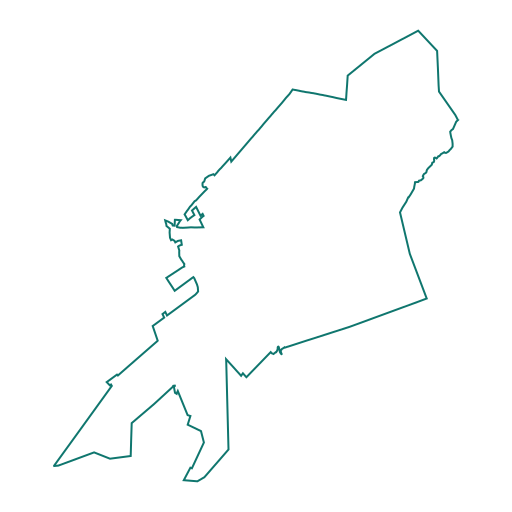 Vicente Guerrero, Durango, Mexico (Equal Earth projection)
{"feature_id": "50627088B72339914666987", "entity_name": "Vicente Guerrero", "entity_type": "district", "adm_level": 2, "iso_a3": "MEX", "parent_name": "Mexico", "parent_adm1": "Durango", "projection": "equal_earth", "projection_center": [-103.968, 23.727], "detail": "fine", "context": "isolated", "style": "outline", "palette": "teal", "viewbox_px": 512, "rotation_deg": 0, "n_neighbors": 0, "source": "geoboundaries", "source_scale": "gbopen_adm2", "svg_char_len": 5107}
<svg xmlns="http://www.w3.org/2000/svg" viewBox="0 0 512 512"><path d="M426.7,298.5L409.8,253.8L400.0,212.4L402.5,207.6L406.2,201.9L406.4,201.5L408.2,197.4L408.3,197.3L408.4,197.2L408.7,197.3L409.0,196.9L409.6,195.9L409.8,195.7L410.7,194.3L413.9,188.8L414.0,188.6L414.3,186.4L414.4,186.1L415.1,182.5L415.0,182.4L415.1,182.1L416.3,182.1L417.7,182.0L418.4,181.9L419.0,180.7L420.9,180.3L421.9,179.5L422.9,178.6L423.4,177.9L423.3,176.9L422.8,176.2L423.3,175.1L424.1,173.9L425.7,173.0L426.5,171.9L426.6,170.9L427.0,169.8L428.3,168.1L430.8,165.7L431.8,164.7L432.3,162.7L433.7,162.1L434.2,160.8L434.0,159.2L434.1,158.0L434.7,157.6L435.3,157.7L436.5,158.5L436.8,158.3L438.4,156.2L439.1,156.2L439.9,155.5L441.1,154.0L442.5,153.3L444.2,152.2L445.1,152.9L446.2,152.9L448.5,151.5L449.7,150.0L450.8,149.0L452.6,146.6L452.6,143.7L452.2,140.2L451.4,138.1L450.8,135.3L450.4,133.2L450.2,131.7L451.4,130.2L453.0,129.0L454.5,125.6L456.2,121.7L457.9,120.1L457.7,120.0L457.5,119.2L455.3,115.0L439.0,91.6L438.6,85.4L438.1,72.9L437.9,68.0L437.1,50.9L418.2,30.7L374.5,53.8L363.7,62.6L347.7,75.6L347.1,84.7L346.5,92.7L346.2,97.4L346.0,99.9L341.0,98.9L336.5,98.0L332.8,97.1L330.3,96.6L325.6,95.6L324.9,95.5L324.3,95.4L322.7,95.0L320.0,94.6L318.3,94.2L316.8,93.9L315.6,93.6L315.3,93.6L314.3,93.4L313.4,93.2L312.5,93.1L310.5,92.8L310.2,92.7L309.7,92.6L308.3,92.4L305.8,92.1L304.5,91.8L303.0,91.5L302.9,91.5L302.7,91.5L300.6,91.1L299.8,90.9L299.4,90.9L299.2,90.8L299.0,90.7L298.9,90.7L295.4,90.0L295.1,90.0L292.6,89.5L290.9,92.0L290.1,93.1L289.5,94.0L287.5,96.2L287.4,96.4L287.1,96.6L285.6,98.3L284.6,99.6L283.7,100.7L281.9,102.9L280.4,104.6L279.8,105.3L278.2,107.1L276.5,109.1L276.0,109.7L275.7,110.1L274.4,111.4L273.1,112.9L272.4,113.8L272.2,113.9L270.5,116.0L269.8,116.8L268.7,118.0L267.1,119.9L265.0,122.3L263.2,124.4L262.9,124.8L261.7,126.3L259.6,128.7L259.3,129.2L257.0,131.6L256.2,132.6L255.2,133.7L253.3,135.9L253.2,136.1L252.6,136.8L251.3,138.2L231.3,161.6L230.4,157.6L225.5,163.1L222.2,166.7L221.8,167.2L221.0,168.1L219.8,169.2L218.1,171.1L217.3,172.2L214.5,175.3L213.4,174.2L211.5,174.9L208.9,175.8L205.2,178.4L204.3,181.2L203.8,181.9L203.0,182.4L202.7,182.8L202.5,183.2L202.6,183.8L202.6,184.0L202.5,184.4L202.5,184.6L202.5,185.2L202.6,185.4L202.8,186.4L202.9,186.6L203.3,186.9L203.8,187.3L204.2,187.4L204.3,187.4L204.5,187.4L205.1,187.1L205.4,187.0L205.7,187.1L206.1,187.3L206.3,187.5L206.4,188.0L206.6,188.3L206.7,188.5L206.9,188.7L207.1,188.8L206.9,189.1L204.5,191.4L202.0,194.0L199.3,196.8L197.0,199.4L196.4,200.0L196.1,200.4L194.6,201.2L191.5,205.2L190.0,206.7L188.1,209.5L187.4,210.4L187.0,210.9L184.6,214.4L185.6,216.1L186.2,217.2L187.8,220.2L189.8,218.4L191.9,216.8L194.4,215.1L192.0,210.5L196.1,206.9L198.3,211.3L200.5,215.7L202.6,213.9L203.6,215.9L202.3,216.9L199.6,219.5L203.3,227.3L195.1,227.5L191.0,227.3L187.0,227.6L183.0,227.8L179.9,227.7L178.7,227.4L177.1,227.1L176.9,225.9L178.6,223.3L179.8,221.3L180.7,220.2L178.2,220.0L175.9,219.8L174.9,219.8L174.6,225.7L172.7,225.5L172.2,223.9L168.2,221.6L165.2,220.4L165.7,222.5L166.2,223.9L166.5,226.0L169.8,228.7L169.7,230.9L169.6,232.5L170.0,237.7L171.1,240.2L172.3,239.5L174.5,240.8L175.3,242.4L177.9,240.9L181.1,240.3L181.8,244.8L180.8,245.1L180.6,245.1L179.5,245.6L179.1,245.8L178.1,246.5L179.3,250.5L179.2,252.1L179.3,256.2L180.0,257.4L181.3,259.7L182.1,260.7L182.9,262.0L183.8,263.3L184.3,263.9L184.3,264.4L184.1,264.9L184.1,265.8L184.3,266.5L182.3,267.4L166.3,277.9L168.8,281.8L172.7,287.7L174.7,290.8L193.3,277.1L194.2,278.1L197.0,284.5L197.8,287.2L198.1,291.5L196.6,293.3L195.3,294.7L173.7,310.6L167.0,315.5L165.3,311.9L162.5,314.1L164.2,317.6L152.7,326.0L157.7,340.7L157.1,341.3L154.1,343.9L130.0,364.9L117.9,375.5L117.0,374.6L106.7,382.1L109.8,385.3L111.0,384.5L111.8,385.9L76.7,434.5L54.1,465.7L54.2,466.0L58.3,465.6L94.1,452.4L110.0,458.7L130.7,456.0L131.2,438.7L131.7,423.1L154.1,404.0L156.5,401.8L162.6,396.2L172.9,386.7L173.0,386.2L173.3,385.8L174.8,385.6L174.9,385.9L173.9,386.8L175.0,392.8L176.6,393.8L176.7,393.3L177.3,392.1L177.8,391.0L187.6,415.1L190.4,416.0L187.7,424.7L201.0,431.1L203.9,442.5L191.9,468.3L190.4,467.7L183.8,480.2L197.4,481.3L204.4,477.2L212.5,467.9L223.9,454.8L226.5,451.8L227.2,451.0L228.5,449.5L226.5,371.9L226.2,360.9L226.1,359.2L227.3,360.5L234.2,368.1L236.5,370.7L238.8,373.2L241.1,375.8L242.9,373.3L245.2,375.9L246.4,377.2L247.2,376.4L252.2,371.2L261.9,361.2L264.6,358.4L270.7,352.1L271.4,353.0L272.0,353.4L272.7,353.6L273.5,354.0L276.1,351.9L276.3,352.0L276.5,351.6L276.9,351.1L277.2,350.4L277.5,349.5L277.7,348.6L277.7,348.2L277.7,347.8L277.7,347.5L277.8,347.1L277.9,346.9L278.0,346.8L278.3,346.6L278.5,346.7L278.7,347.0L278.9,347.3L278.9,347.5L278.9,347.8L279.0,348.1L279.1,348.7L279.2,349.0L279.3,349.4L279.3,349.6L279.4,350.0L279.5,350.2L279.6,350.8L279.7,351.2L279.8,351.6L279.9,352.0L280.0,352.2L280.3,352.4L280.5,352.8L280.6,353.3L282.0,354.7L281.2,353.0L280.7,351.0L280.7,350.1L281.3,349.9L281.5,349.3L284.0,347.7L284.0,347.8L285.3,347.5L287.6,346.7L288.1,346.6L294.9,344.4L307.5,340.3L309.5,339.7L330.7,332.9L349.7,326.8L402.9,307.3L418.2,301.7L426.7,298.5Z" fill="none" stroke="#0f766e" stroke-width="2"/></svg>